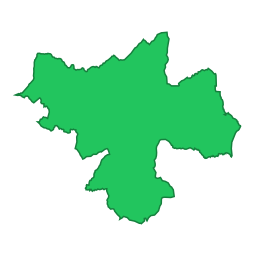 the district of Pujili, Cotopaxi, Ecuador
{"feature_id": "8360857B69808227880519", "entity_name": "Pujili", "entity_type": "district", "adm_level": 2, "iso_a3": "ECU", "parent_name": "Ecuador", "parent_adm1": "Cotopaxi", "projection": "equal_earth", "projection_center": [-78.915, -1.008], "detail": "fine", "context": "isolated", "style": "filled", "palette": "green", "viewbox_px": 256, "rotation_deg": 0, "n_neighbors": 0, "source": "geoboundaries", "source_scale": "gbopen_adm2", "svg_char_len": 5735}
<svg xmlns="http://www.w3.org/2000/svg" viewBox="0 0 256 256"><path d="M174.2,196.5L173.3,189.8L171.6,187.1L170.1,186.2L168.2,182.9L165.1,181.3L162.3,180.7L160.5,177.5L157.9,178.4L156.3,178.0L155.4,177.3L155.4,175.6L155.9,172.5L153.4,168.0L154.8,166.7L155.2,165.2L155.1,163.4L154.3,160.0L155.7,158.4L156.4,155.8L156.6,152.6L156.3,148.5L156.6,146.5L158.6,143.0L159.6,140.4L160.9,139.6L165.6,139.4L169.0,141.5L170.7,143.7L171.5,145.3L172.0,145.3L172.7,146.0L172.9,147.5L174.5,148.3L175.4,148.0L176.8,148.7L180.1,148.2L181.0,148.8L182.8,148.2L184.7,149.1L186.2,149.2L190.1,147.7L193.0,149.2L193.6,149.9L194.4,149.7L194.9,148.3L195.5,149.0L196.6,149.2L197.2,150.0L198.0,149.5L198.9,150.5L199.5,150.5L199.8,152.2L201.2,153.4L201.9,154.7L203.1,155.5L203.9,157.3L204.6,157.3L204.8,158.0L205.3,157.8L205.6,158.3L206.7,158.2L208.7,156.8L210.0,156.7L210.3,157.2L211.2,156.2L212.8,156.5L213.1,155.7L214.8,157.0L216.4,156.0L217.8,156.3L218.0,155.3L218.5,155.2L218.6,153.9L219.0,153.6L220.3,154.0L221.9,153.6L222.8,154.6L223.3,154.2L223.8,154.5L224.9,153.4L225.7,153.6L225.7,153.0L226.2,152.8L227.1,152.9L229.6,154.1L230.4,155.1L230.8,156.4L231.4,156.9L232.0,155.6L231.3,148.6L231.8,142.2L235.4,133.2L236.6,131.3L238.5,130.1L239.3,129.0L240.6,126.2L240.4,125.7L239.2,125.1L238.7,124.5L238.6,123.8L238.0,123.2L237.9,122.1L237.5,122.0L237.6,121.5L237.0,121.2L236.9,120.4L235.4,119.1L233.0,118.2L231.6,115.8L229.7,114.3L229.1,114.2L228.8,113.6L228.4,113.7L228.2,112.9L227.4,113.5L227.0,113.3L226.2,113.6L225.7,115.1L224.6,114.6L225.2,114.4L225.5,113.7L225.0,112.3L224.3,111.6L223.8,109.4L223.3,109.4L222.7,106.1L222.9,105.3L223.2,105.0L223.0,102.0L222.4,100.0L221.2,98.8L221.1,97.5L220.3,96.1L220.0,93.8L220.1,91.8L215.9,91.5L215.2,89.6L215.2,86.7L215.0,86.1L216.3,86.0L216.0,75.5L215.7,74.0L215.3,73.7L214.9,74.2L213.9,73.6L211.8,71.1L208.2,68.4L207.4,69.8L206.3,69.6L204.3,70.6L202.6,69.8L201.7,70.0L200.1,71.6L198.2,71.9L198.1,72.9L197.2,74.1L196.1,73.4L194.8,74.0L194.5,75.4L193.7,75.8L192.8,75.1L192.0,75.9L191.7,77.2L190.0,78.4L189.3,78.0L188.0,78.2L187.4,77.9L187.2,77.4L183.7,80.1L181.7,80.8L178.7,83.4L178.6,84.0L179.2,85.0L179.2,85.5L178.6,85.9L171.4,85.9L169.3,84.1L167.1,83.7L166.6,76.9L164.8,73.7L164.1,70.4L165.5,67.3L165.2,64.7L167.5,61.8L168.2,59.7L167.8,57.4L166.4,55.1L167.3,52.5L167.4,48.1L169.0,38.9L167.4,36.2L167.0,32.3L161.4,32.8L157.3,34.6L156.5,36.5L155.5,37.6L154.5,39.7L153.6,40.7L151.8,41.4L149.4,44.6L148.1,43.2L147.6,43.3L146.7,42.6L146.1,42.0L146.1,41.6L144.8,40.4L143.8,40.1L143.4,39.4L141.1,42.6L139.2,43.6L136.7,47.1L134.9,48.0L131.2,53.2L124.5,59.8L122.1,60.1L120.6,59.8L119.2,60.4L117.9,58.8L115.2,56.6L114.8,55.9L113.8,55.3L113.2,56.1L111.9,56.3L111.1,57.5L108.2,60.0L106.1,61.1L104.8,62.9L104.3,63.3L103.3,63.1L102.3,64.9L100.3,65.6L99.0,67.8L97.9,67.5L96.8,66.6L96.1,66.5L95.7,67.1L95.1,67.0L94.9,67.3L93.9,66.6L92.3,66.7L90.9,67.4L89.0,69.0L88.0,69.4L87.4,70.2L87.3,71.2L86.7,71.6L85.9,71.6L84.9,70.8L83.7,69.3L83.7,68.5L82.5,67.9L81.9,68.2L81.5,69.1L79.0,69.7L77.7,69.5L76.0,70.1L73.8,68.6L74.0,67.4L73.8,66.0L73.5,65.0L72.9,64.7L71.5,65.0L70.6,66.9L69.5,67.8L67.8,67.7L65.9,65.3L64.9,64.8L64.7,63.5L63.9,62.1L62.4,61.4L61.4,59.3L60.2,58.6L58.7,58.5L57.8,58.9L56.0,58.3L55.1,58.4L54.1,57.2L52.5,57.0L51.3,54.6L50.5,53.9L47.8,53.4L47.0,54.0L46.1,53.7L44.3,54.2L43.9,53.9L40.5,53.8L39.9,53.3L37.7,53.4L37.0,54.5L36.9,56.8L36.4,57.3L35.4,59.5L34.7,60.0L34.7,61.2L34.3,62.0L34.3,66.3L33.8,68.4L33.9,71.9L33.5,75.8L34.0,78.0L33.3,79.9L30.1,83.5L29.5,83.7L28.8,84.8L28.5,85.9L22.2,93.0L20.7,93.1L19.8,94.0L18.8,93.6L15.4,95.0L17.5,95.4L19.7,95.2L20.9,95.7L21.4,95.6L22.1,96.7L24.3,97.7L25.4,96.2L27.4,96.1L28.5,96.8L29.3,98.7L30.5,99.5L32.0,101.6L33.8,102.8L39.6,97.9L40.3,98.3L41.2,100.0L40.9,102.7L42.0,103.7L43.9,103.8L44.0,106.8L44.5,106.4L45.4,106.8L46.1,106.2L46.9,106.3L48.1,108.5L48.9,109.2L49.3,112.1L47.6,118.4L45.9,117.4L44.5,117.4L43.4,116.9L41.6,119.3L40.4,119.3L39.4,121.9L37.6,121.9L39.6,123.7L41.1,126.0L44.0,127.8L45.7,127.9L47.1,128.8L49.4,129.3L50.9,130.9L51.5,130.8L53.4,129.5L53.9,127.6L54.7,127.0L55.1,125.7L56.9,125.6L57.7,126.7L58.6,127.2L59.0,128.8L59.6,129.1L60.3,128.5L61.4,128.7L61.9,129.5L63.4,129.4L63.9,130.0L63.8,131.3L64.0,131.7L66.7,132.2L67.5,132.9L68.1,133.0L68.9,133.0L70.2,132.4L70.2,130.0L70.7,129.3L72.3,129.8L73.5,129.2L74.5,129.9L75.8,129.8L75.9,131.8L76.9,132.6L77.8,134.1L76.7,137.0L76.9,141.9L75.2,148.6L76.9,149.3L79.4,152.8L80.5,155.4L81.7,156.9L82.8,159.1L84.3,158.4L86.5,156.6L90.8,156.3L93.3,154.3L96.2,154.3L97.7,153.3L98.1,152.5L100.6,151.7L101.2,152.0L104.9,149.3L107.1,148.6L107.9,149.3L108.8,151.5L109.6,154.4L107.4,154.8L105.1,156.3L104.2,157.6L101.7,160.0L100.4,163.9L100.4,164.7L99.6,165.3L98.3,168.0L96.8,169.8L95.5,170.4L95.0,171.0L94.9,172.6L94.3,173.0L93.9,175.0L94.1,175.9L93.7,177.4L91.8,178.6L91.1,180.3L90.2,180.3L89.8,180.7L89.3,181.9L88.8,185.2L86.7,184.7L86.4,185.3L86.4,186.9L86.1,187.7L85.6,187.9L85.5,188.5L85.9,188.9L86.2,189.8L86.7,189.5L87.9,190.0L89.5,189.4L89.8,190.6L91.0,189.4L92.3,191.2L93.3,190.4L94.4,190.6L95.1,189.6L96.2,190.1L96.9,189.9L97.7,189.1L99.8,189.6L101.9,189.0L102.5,188.5L104.0,189.6L105.7,188.8L106.8,188.7L106.7,190.8L107.9,194.0L108.8,195.6L108.5,197.5L107.2,199.6L107.0,200.4L107.6,201.6L107.3,202.8L107.3,204.1L108.0,205.4L108.2,206.8L108.9,207.3L110.6,209.1L113.0,208.8L114.0,209.3L114.8,211.3L117.5,214.7L119.5,216.5L120.2,217.8L119.8,219.2L122.5,217.6L123.4,216.5L123.9,216.5L127.4,217.6L129.5,220.0L134.6,221.1L139.4,223.3L140.5,223.2L141.3,223.7L144.5,220.9L144.3,218.5L145.6,218.3L147.0,220.8L148.5,217.8L150.8,215.6L154.6,215.0L158.5,210.8L159.9,206.0L161.0,204.3L161.3,203.3L161.4,199.3L162.0,197.9L162.7,197.5L164.6,197.2L170.8,197.5L174.2,196.5Z" fill="#22c55e" stroke="#15803d" stroke-width="1.5"/></svg>